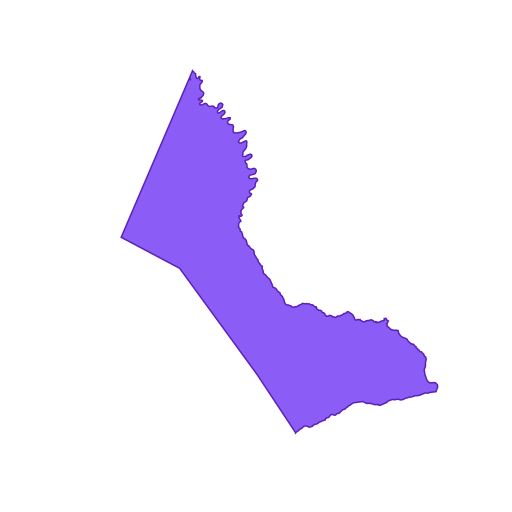 the district of Fortul, Arauca, Colombia, rotated 247°
{"feature_id": "7082276B84202288192164", "entity_name": "Fortul", "entity_type": "district", "adm_level": 2, "iso_a3": "COL", "parent_name": "Colombia", "parent_adm1": "Arauca", "projection": "robinson", "projection_center": [-71.844, 6.696], "detail": "fine", "context": "isolated", "style": "filled", "palette": "violet", "viewbox_px": 512, "rotation_deg": 247, "n_neighbors": 0, "source": "geoboundaries", "source_scale": "gbopen_adm2", "svg_char_len": 6079}
<svg xmlns="http://www.w3.org/2000/svg" viewBox="0 0 512 512"><g transform="rotate(247 256 256)"><path d="M60.8,368.6L64.5,372.1L66.6,372.7L69.4,371.5L70.1,369.9L71.3,366.3L73.4,365.3L75.6,364.8L81.3,365.3L85.7,366.4L87.1,367.9L88.8,369.2L90.8,369.9L94.5,372.3L96.7,372.8L97.8,371.9L100.3,372.0L101.8,371.2L103.0,371.0L103.9,369.6L105.8,369.2L106.3,368.7L107.2,368.4L107.6,368.5L108.6,367.8L109.9,367.5L110.0,367.7L110.4,367.3L113.1,366.5L113.4,366.3L114.0,364.8L114.5,364.9L114.9,364.3L118.0,362.9L119.6,362.5L120.3,362.6L122.2,361.1L124.2,358.9L126.0,357.9L129.3,357.2L131.8,357.7L132.5,356.9L133.3,355.3L133.4,354.3L134.2,353.5L134.9,352.1L136.9,350.9L139.7,349.7L140.1,349.3L140.6,349.3L141.5,349.9L142.4,349.6L143.3,351.3L144.1,351.8L144.6,352.4L145.4,351.7L146.6,351.3L147.6,351.4L147.9,351.0L148.3,349.8L148.1,349.3L147.2,349.2L146.8,348.9L146.7,348.0L147.1,346.1L147.0,343.0L147.3,341.9L148.2,341.5L147.8,340.7L147.9,340.4L149.0,340.2L149.4,338.9L150.7,338.7L151.3,337.9L152.3,337.2L152.5,335.0L153.3,332.4L153.1,330.1L153.4,329.2L155.8,327.1L156.9,327.0L157.1,325.6L157.8,325.1L158.0,322.6L158.4,322.4L159.8,322.1L160.7,322.5L162.6,322.1L163.6,322.2L165.3,321.4L168.6,319.2L168.9,318.4L169.0,317.7L168.1,316.7L168.7,314.7L168.1,312.5L168.3,310.8L167.9,309.6L169.0,307.6L168.5,306.6L168.3,305.2L169.6,303.9L169.9,302.9L171.4,302.2L172.5,300.7L172.7,300.4L172.5,299.6L172.7,297.8L173.1,297.2L173.9,297.2L174.9,296.3L175.9,296.8L177.2,296.2L177.9,295.1L180.1,294.7L181.2,293.6L181.5,292.5L182.9,291.9L183.6,291.1L184.4,291.1L185.0,291.7L185.6,291.6L186.6,290.1L188.9,289.0L189.2,288.7L189.7,287.3L191.0,286.6L191.7,285.0L192.5,284.0L192.4,283.2L194.2,280.3L193.8,278.5L193.9,276.5L193.4,273.4L194.0,272.4L194.2,270.4L194.9,269.4L196.7,268.5L197.3,267.4L198.2,266.8L198.8,265.4L199.8,264.6L201.0,264.2L203.1,264.3L205.3,264.7L207.4,264.4L208.5,264.5L210.5,263.5L212.9,263.6L214.6,262.5L216.3,261.8L217.3,261.9L218.8,261.3L220.7,259.4L223.3,259.7L228.6,259.6L229.8,259.4L230.7,258.7L233.5,257.7L235.0,257.4L236.3,256.4L237.2,256.3L237.9,256.2L238.6,256.6L240.7,256.8L242.1,256.6L243.7,257.7L244.3,257.7L245.3,256.9L246.8,256.5L248.0,256.5L249.0,255.9L250.6,255.9L251.4,256.3L254.3,255.5L255.5,255.6L257.5,255.1L258.9,255.3L260.6,255.9L262.4,256.0L264.2,254.6L265.7,253.8L267.9,253.5L269.2,252.5L270.5,252.3L271.2,252.7L274.1,253.1L275.8,252.7L277.0,251.9L278.9,251.4L280.5,251.9L283.9,252.2L285.2,251.2L286.5,251.7L287.8,251.8L289.1,251.2L289.7,251.2L290.0,251.3L290.3,251.9L292.5,252.5L292.8,252.8L293.7,254.6L293.9,255.6L295.1,255.8L296.6,255.3L298.9,255.7L299.7,256.2L299.4,256.7L298.5,257.2L298.5,258.4L298.8,259.0L299.7,259.2L301.0,258.6L302.4,259.5L303.2,259.4L303.7,259.8L305.1,262.7L305.1,263.3L305.5,263.7L305.9,263.7L307.1,263.0L307.7,263.2L307.9,263.7L309.9,265.9L310.0,267.3L310.3,268.7L311.1,269.7L312.2,270.3L313.1,271.3L313.2,273.7L314.4,275.8L314.7,276.1L315.2,276.0L316.4,274.9L316.9,274.8L318.0,275.2L318.6,275.6L318.9,276.2L319.0,277.1L318.9,278.7L319.8,281.6L320.5,282.4L322.6,283.4L324.5,285.4L324.6,286.4L325.0,287.1L325.9,287.2L327.0,287.1L327.9,285.8L328.4,284.3L328.6,282.6L329.2,281.3L329.9,280.5L330.7,280.2L331.2,280.2L332.0,280.6L332.8,281.9L332.1,286.1L332.2,287.5L333.5,289.0L334.8,289.7L336.1,289.6L337.3,288.6L337.8,287.3L337.7,286.1L338.0,285.0L338.9,283.5L339.7,282.9L340.7,282.5L341.8,282.6L344.1,283.5L346.5,282.8L347.8,283.1L348.1,283.6L348.1,284.4L347.7,286.4L348.7,290.3L349.5,291.3L350.9,291.6L351.9,290.6L352.1,289.7L352.2,287.6L351.7,285.7L351.8,285.0L352.6,283.2L353.0,282.9L353.9,282.9L355.2,283.9L356.4,284.4L357.1,285.1L358.6,288.1L360.0,289.7L361.0,290.5L362.6,291.0L363.8,291.8L365.3,292.3L366.0,291.8L366.1,291.2L365.8,287.4L366.1,285.5L367.5,284.4L368.0,284.6L368.7,285.2L369.6,286.4L370.0,287.2L369.9,288.3L370.1,289.6L372.6,294.4L373.5,295.2L374.6,295.4L375.6,295.1L376.0,294.2L375.9,291.1L376.6,286.8L377.6,284.6L378.7,283.5L381.3,284.2L383.9,285.9L385.4,285.9L385.8,285.8L387.6,282.9L388.5,281.9L389.9,281.9L390.9,282.6L391.5,283.4L391.9,285.1L392.2,285.8L393.0,286.3L393.4,286.3L394.1,284.6L394.2,282.0L394.9,280.2L395.1,278.7L396.1,278.0L397.3,277.9L398.3,279.2L399.1,282.0L399.6,282.9L400.6,283.7L402.0,283.7L402.5,283.3L402.7,282.7L402.8,281.3L402.1,278.4L402.1,277.3L402.8,276.7L403.5,276.7L404.3,277.2L405.1,278.4L405.6,279.7L405.9,281.9L406.4,283.2L408.4,284.6L409.6,284.3L410.6,283.2L410.6,281.6L409.8,280.2L407.9,279.0L407.6,278.5L407.7,277.5L408.3,276.3L408.8,275.9L409.8,275.8L410.7,275.1L411.1,274.5L411.6,272.3L412.1,271.3L413.1,270.5L414.9,270.2L416.1,269.4L416.4,268.1L416.2,264.9L417.3,263.5L418.3,263.7L418.6,264.2L419.2,267.0L419.9,267.4L420.4,267.2L421.6,265.0L422.2,264.3L422.9,264.2L423.2,264.5L423.2,265.2L422.9,266.8L423.1,267.4L423.7,268.2L424.4,269.9L425.7,271.2L427.0,271.6L430.0,270.0L432.2,269.8L435.5,271.2L437.1,274.1L437.8,274.9L438.6,275.0L439.6,273.4L440.3,273.2L441.5,273.4L442.7,274.5L443.1,274.3L443.4,274.0L443.4,273.6L442.5,273.0L442.3,271.7L442.4,271.1L442.8,270.7L443.9,271.0L444.7,270.7L447.5,271.6L448.7,270.7L450.1,270.6L450.5,269.8L451.2,269.8L445.5,263.9L445.3,263.9L445.3,264.5L444.9,264.3L444.3,264.7L443.9,264.5L443.9,264.3L445.2,263.6L325.9,139.2L274.5,180.9L146.9,210.6L78.5,223.3L77.6,223.2L78.2,224.4L78.6,226.9L79.4,228.7L79.5,231.0L80.2,232.2L80.5,234.2L80.3,235.2L79.7,236.2L77.6,238.1L77.2,241.0L78.1,243.6L77.7,246.4L77.7,247.6L78.3,248.9L78.2,251.7L78.3,253.6L78.0,255.1L78.0,255.7L79.2,256.6L79.3,258.4L79.0,259.7L80.5,262.6L80.5,264.2L79.0,265.7L78.5,266.8L78.5,267.2L79.2,268.4L79.2,269.4L78.8,270.4L78.8,271.1L80.6,275.7L80.3,277.8L81.0,279.8L81.4,281.8L82.0,282.2L81.8,284.3L82.2,285.0L82.7,287.4L82.6,289.1L80.4,297.1L79.6,298.1L76.9,300.4L76.8,301.4L75.3,304.2L72.7,307.3L72.0,309.0L71.9,310.1L71.5,310.4L70.9,310.4L70.1,311.7L70.0,314.7L70.2,315.8L70.0,317.7L70.3,319.7L70.9,321.1L70.7,324.7L70.3,326.3L69.6,327.1L68.8,330.6L67.1,332.8L66.7,333.6L66.6,334.9L66.3,335.7L66.7,336.6L66.3,341.0L65.4,344.7L65.2,347.9L64.3,350.2L63.9,352.1L63.8,358.5L62.7,360.3L62.4,361.9L62.4,363.0L60.8,368.6Z" fill="#8b5cf6" stroke="#5b21b6" stroke-width="1.5"/></g></svg>